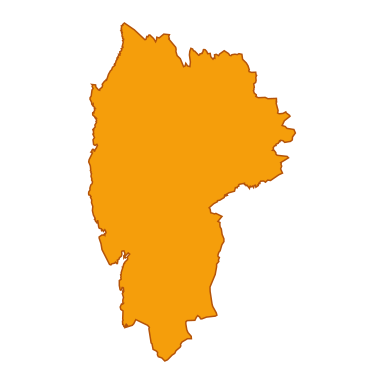 outline of Vestby nor, Akershus, Norway
{"feature_id": "86288312B18050772568406", "entity_name": "Vestby nor", "entity_type": "district", "adm_level": 2, "iso_a3": "NOR", "parent_name": "Norway", "parent_adm1": "Akershus", "projection": "albers", "projection_center": [10.767, 59.56], "detail": "fine", "context": "isolated", "style": "filled", "palette": "amber", "viewbox_px": 384, "rotation_deg": 0, "n_neighbors": 0, "source": "geoboundaries", "source_scale": "gbopen_adm2", "svg_char_len": 5873}
<svg xmlns="http://www.w3.org/2000/svg" viewBox="0 0 384 384"><path d="M293.9,129.5L287.0,128.4L285.2,126.5L282.1,125.5L284.4,120.7L290.0,116.3L289.6,115.4L286.2,112.9L285.8,111.9L283.0,113.4L279.2,113.8L277.6,113.0L278.1,110.6L276.1,103.1L276.7,101.9L276.1,101.1L276.5,100.4L276.4,98.4L267.9,98.7L265.2,97.4L258.2,97.7L255.8,96.4L256.3,95.5L256.3,94.8L254.3,93.2L253.4,90.6L253.9,89.9L253.9,88.1L254.3,87.4L253.7,83.8L255.6,82.5L256.1,80.5L255.8,77.2L256.6,75.4L256.1,75.2L255.7,72.2L251.4,72.4L249.1,71.6L248.8,70.7L249.3,69.8L248.0,65.8L246.3,63.0L242.6,59.3L241.9,54.3L238.9,53.7L237.3,54.6L234.9,54.2L231.9,54.7L231.0,55.7L229.6,55.3L228.6,53.6L224.2,50.7L219.6,54.0L218.6,55.7L216.2,54.3L214.5,54.8L214.8,58.3L213.9,58.0L213.0,59.2L210.8,56.7L210.2,53.4L207.7,53.7L206.6,51.3L205.1,49.7L203.8,49.5L203.2,50.0L203.1,51.6L202.2,52.6L202.2,53.4L199.9,53.9L199.7,54.8L198.7,55.3L194.7,51.1L193.5,50.8L192.6,49.0L190.9,48.3L189.8,51.3L189.4,55.0L190.4,62.0L189.9,66.6L187.6,66.0L185.8,63.3L185.1,65.9L183.6,66.7L180.3,58.7L177.1,55.6L175.9,51.5L176.1,49.2L175.7,47.3L168.8,39.0L169.3,38.6L168.7,36.3L169.4,34.7L163.8,34.1L159.2,37.9L156.8,37.2L156.5,39.8L155.6,41.8L153.6,38.5L149.9,35.0L148.8,35.1L147.9,36.8L146.8,36.5L145.9,39.4L144.9,39.7L134.3,29.8L124.4,23.0L122.6,24.6L122.8,25.3L121.3,25.9L121.7,26.8L121.2,28.3L121.6,29.1L120.9,30.2L121.6,30.4L121.3,31.3L121.8,31.6L121.6,32.5L122.2,32.7L121.8,33.5L122.2,34.5L122.0,36.1L122.8,37.0L122.5,37.7L122.8,38.7L123.6,39.0L123.6,39.9L122.6,40.5L123.3,42.0L122.2,46.4L122.7,46.5L122.5,47.3L122.8,47.6L121.2,48.7L121.8,49.6L121.3,50.9L119.8,51.8L119.9,52.9L120.4,53.4L120.2,53.9L118.8,54.2L119.7,55.1L118.6,55.4L117.8,56.9L118.2,57.6L117.1,57.8L116.9,58.9L117.2,59.2L116.1,60.8L115.5,63.1L114.6,63.8L114.4,64.4L115.0,64.5L115.0,65.3L112.5,67.3L111.6,69.8L110.5,70.7L108.5,74.3L106.9,79.2L106.3,79.5L105.9,78.9L106.4,80.3L104.6,81.1L102.2,84.3L102.6,85.2L102.1,87.2L99.8,89.1L99.7,90.3L98.6,90.0L96.4,87.6L95.8,86.7L95.6,84.9L92.0,84.5L92.6,85.1L92.1,86.4L93.1,88.5L92.0,90.0L91.2,96.1L90.1,97.6L90.0,99.2L91.6,102.4L91.7,104.0L92.3,104.9L93.1,104.0L93.2,106.3L94.7,107.4L94.6,108.4L94.9,108.6L94.4,108.7L94.7,110.3L93.8,111.8L93.9,112.8L92.8,112.7L92.6,113.9L92.8,115.1L96.1,118.0L95.3,118.1L96.3,119.4L96.6,120.8L96.0,121.4L96.5,122.4L94.9,125.0L95.2,127.0L92.8,129.6L93.1,130.3L93.7,129.8L93.4,131.8L93.7,133.8L92.9,134.1L94.5,137.6L93.0,139.8L93.6,144.5L95.1,145.4L96.9,144.3L97.5,145.3L96.1,148.5L95.2,149.3L94.8,150.9L94.3,151.1L94.0,150.1L93.0,149.2L91.9,150.2L91.8,151.3L90.9,152.1L92.4,153.0L89.1,159.7L88.7,161.9L90.3,165.8L90.7,169.4L90.4,170.7L91.0,171.4L90.9,172.8L91.5,173.4L91.0,176.2L91.9,179.1L91.6,180.0L92.5,181.7L92.2,183.6L90.8,185.0L89.9,188.1L90.0,190.0L88.7,192.0L88.6,194.0L88.9,195.0L90.1,195.2L91.0,196.6L90.4,197.1L91.7,199.8L91.5,202.7L92.8,206.4L92.4,210.6L93.4,215.0L95.1,218.3L94.6,219.2L95.1,219.3L95.3,220.8L96.8,222.7L97.7,220.2L98.7,227.1L99.3,228.3L101.4,228.8L101.8,229.5L101.4,230.0L101.6,230.7L102.7,230.1L103.4,231.4L104.8,229.7L105.7,231.2L106.0,232.8L105.2,233.6L104.9,235.0L104.4,234.0L103.6,235.1L101.9,235.0L99.1,237.0L99.2,238.3L101.0,243.7L102.0,249.6L109.5,264.4L110.9,264.9L111.6,263.9L114.8,263.1L115.4,262.2L116.7,263.4L117.2,262.5L117.5,262.9L117.8,261.0L117.3,260.2L119.0,259.2L119.4,257.8L121.4,256.1L121.9,254.2L121.6,252.1L122.0,251.1L123.9,250.8L124.9,253.4L124.7,254.9L123.8,255.8L123.9,257.8L124.3,257.2L126.0,258.3L124.7,256.5L128.2,252.9L129.7,254.1L127.0,257.4L127.7,258.1L127.6,259.4L124.5,262.5L124.6,263.3L123.8,263.8L123.0,267.0L122.4,267.1L122.7,267.8L121.2,272.6L121.3,274.0L120.6,274.8L121.1,276.2L120.8,277.4L121.1,279.3L119.3,280.5L119.3,285.5L120.1,289.7L120.9,290.2L121.7,289.1L122.1,287.5L122.9,287.5L123.4,287.9L123.7,290.9L123.0,290.7L123.2,292.1L122.8,291.9L122.9,292.6L122.3,293.5L123.5,297.4L122.8,300.1L122.9,303.4L123.3,303.4L122.6,304.2L121.5,304.0L120.2,307.0L120.8,309.4L123.0,310.9L122.7,319.0L123.1,320.2L122.5,321.1L122.7,324.4L123.2,324.5L123.9,326.5L124.6,326.5L124.9,328.0L124.8,326.8L126.2,324.2L127.4,325.4L125.9,327.3L132.3,325.3L133.8,323.7L135.8,319.6L147.6,325.3L149.4,327.4L148.9,328.8L151.1,342.9L152.0,343.8L153.1,349.4L156.0,350.8L157.6,352.4L157.4,354.8L158.3,356.7L161.8,357.9L164.8,361.0L167.5,359.8L172.2,355.0L174.7,353.4L176.0,350.7L180.1,347.2L180.8,345.9L180.5,344.2L182.1,341.9L187.5,338.7L191.4,338.7L191.2,336.3L188.0,332.6L186.8,329.8L185.8,323.8L185.9,321.7L187.2,320.6L194.9,320.3L196.3,317.4L197.7,315.6L199.7,317.1L200.6,318.8L201.8,318.9L206.5,317.1L215.3,316.1L216.9,315.2L216.3,312.9L212.7,306.4L212.0,303.8L210.1,291.3L210.0,287.0L215.2,274.5L216.6,266.8L216.6,264.1L218.8,261.5L218.4,260.1L219.4,257.5L218.1,256.6L217.9,255.2L218.8,252.3L220.1,250.8L221.9,244.7L223.9,241.6L223.9,238.8L222.1,234.4L221.3,229.0L220.1,226.9L219.8,224.2L220.0,222.5L217.9,221.4L222.0,216.4L215.9,213.4L214.6,213.9L210.7,212.7L210.2,209.2L209.1,207.8L213.7,203.7L217.4,201.7L217.5,200.6L219.8,200.2L224.2,197.5L224.7,195.0L225.4,194.8L225.8,195.9L227.4,195.3L226.5,194.2L228.8,192.8L234.5,191.2L235.4,187.6L237.2,187.8L237.3,186.8L238.9,186.0L238.6,185.0L239.3,184.3L244.4,183.3L244.3,184.2L244.8,184.7L245.4,184.6L246.1,185.7L247.0,185.2L249.4,188.3L249.5,187.1L250.2,186.2L250.9,187.0L252.5,186.1L253.6,187.6L254.2,185.5L255.4,185.2L255.9,187.2L258.3,185.5L258.0,184.7L258.7,184.3L258.8,183.3L259.9,183.4L259.8,182.5L260.6,181.2L263.7,181.0L265.5,182.2L267.7,180.1L270.5,180.5L278.8,174.8L282.5,173.1L280.6,168.9L281.7,166.1L281.0,164.4L281.2,163.2L280.7,162.6L288.5,157.8L287.1,156.4L277.2,155.3L276.0,154.2L275.8,152.6L274.1,150.4L272.6,150.3L273.5,149.3L273.2,147.7L274.5,145.9L276.0,145.5L275.7,144.9L276.2,144.1L278.2,143.3L278.8,142.2L280.0,141.6L279.6,140.8L280.5,140.3L282.9,140.7L284.7,142.4L290.5,141.4L292.3,139.9L292.5,137.0L295.4,133.0L293.9,129.5Z" fill="#f59e0b" stroke="#b45309" stroke-width="1.5"/></svg>